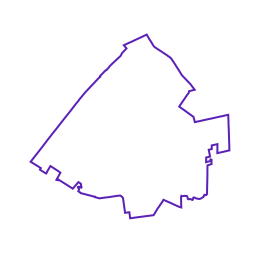 Maicanesti, Vrancea, Romania, rotated 172°
{"feature_id": "2599482B14220108289328", "entity_name": "Maicanesti", "entity_type": "district", "adm_level": 2, "iso_a3": "ROU", "parent_name": "Romania", "parent_adm1": "Vrancea", "projection": "orthographic", "projection_center": [27.427, 45.473], "detail": "fine", "context": "isolated", "style": "outline", "palette": "violet", "viewbox_px": 256, "rotation_deg": 172, "n_neighbors": 0, "source": "geoboundaries", "source_scale": "gbopen_adm2", "svg_char_len": 5178}
<svg xmlns="http://www.w3.org/2000/svg" viewBox="0 0 256 256"><g transform="rotate(172 128 128)"><path d="M115.5,212.1L120.6,210.5L120.2,209.9L119.9,209.5L119.5,208.8L119.1,208.1L118.6,207.4L118.4,207.0L121.3,204.7L123.5,203.0L123.6,202.9L123.7,202.7L123.9,202.4L124.5,201.5L124.7,201.1L125.1,200.6L127.3,199.0L127.9,198.6L134.9,193.7L137.6,191.7L138.0,191.3L138.3,190.8L138.5,190.6L140.8,188.8L141.0,188.6L141.1,188.4L141.3,188.3L141.6,188.2L141.9,188.1L142.2,188.2L148.5,183.3L148.3,182.7L148.5,182.5L148.7,182.3L148.9,182.2L149.3,182.1L151.6,180.3L154.7,177.8L161.2,172.6L165.8,168.9L170.8,164.3L172.5,162.8L173.1,162.0L173.4,161.7L174.5,160.8L176.3,159.1L182.5,153.0L189.7,146.2L198.5,137.7L203.8,132.7L209.0,127.7L215.2,121.5L216.8,120.0L220.6,116.3L228.0,109.2L229.1,108.1L228.0,107.2L226.7,106.1L224.2,104.0L224.0,103.9L221.4,101.7L219.9,100.4L221.0,99.0L220.9,98.9L218.5,96.8L217.8,96.3L216.7,95.3L216.3,95.0L215.9,94.7L215.5,94.4L215.3,94.3L214.5,95.5L214.1,96.2L213.6,96.7L213.2,97.3L211.4,99.5L211.0,100.1L210.4,100.8L210.1,101.1L209.7,100.8L208.6,99.8L207.4,98.8L204.7,96.4L203.8,95.7L201.8,93.8L201.5,93.5L201.3,93.3L201.2,93.2L202.3,91.6L203.6,89.9L203.7,89.7L204.3,88.9L205.2,87.9L206.1,86.6L204.6,86.0L204.1,86.6L201.7,84.6L198.4,81.8L195.2,79.1L192.5,76.8L191.2,75.6L189.8,76.8L186.0,80.1L184.7,81.3L184.3,81.0L183.5,80.4L182.4,79.2L182.4,78.5L182.5,78.4L182.5,78.2L182.5,77.9L182.4,77.5L182.4,76.8L182.4,76.5L182.3,76.1L182.3,75.8L182.3,75.5L182.5,75.4L182.8,75.5L183.0,75.5L183.3,75.7L183.5,75.8L183.7,76.0L184.2,76.4L184.6,76.6L184.9,76.7L185.1,76.7L185.3,76.7L185.6,76.7L185.8,76.5L185.9,76.4L185.9,76.1L185.8,75.9L185.6,75.6L185.5,75.4L185.2,75.0L185.1,74.7L185.0,74.3L185.1,74.0L185.1,73.8L185.2,73.7L185.3,73.5L185.5,73.2L185.8,72.6L186.0,72.3L185.8,72.1L184.9,71.2L184.7,71.0L184.4,70.9L184.1,70.7L183.9,70.5L183.8,70.4L183.9,70.2L183.7,70.0L181.5,69.1L178.3,67.8L177.0,67.2L175.7,66.7L174.4,66.2L173.1,65.6L171.8,65.1L170.9,64.7L170.5,64.6L170.6,64.3L166.1,62.3L165.9,62.3L160.7,62.3L156.2,62.2L151.6,62.3L150.3,62.3L148.8,62.3L147.1,62.3L146.6,62.3L146.1,62.3L145.5,62.2L145.2,62.2L144.6,61.8L144.3,61.5L144.1,61.2L143.9,61.2L143.6,60.8L143.3,60.4L142.9,59.8L142.9,59.6L142.7,59.0L142.7,57.9L142.7,55.2L142.7,50.6L142.7,49.3L142.7,46.1L142.7,44.4L138.4,44.4L138.4,38.3L132.2,38.3L114.8,38.1L111.9,41.6L109.9,44.1L109.4,44.6L108.1,45.9L106.4,47.9L106.2,48.0L103.9,50.6L102.9,52.0L99.9,50.1L97.3,48.5L94.9,47.0L94.8,46.9L90.9,44.4L88.3,42.8L86.3,41.9L85.2,51.3L85.2,51.6L84.7,53.1L84.6,53.3L84.5,53.2L84.4,53.2L84.1,53.0L83.8,53.0L83.5,52.9L83.2,52.9L82.9,52.9L82.7,52.9L82.4,52.9L82.1,53.0L81.8,53.0L81.6,53.0L81.3,52.9L81.1,52.9L80.9,52.8L80.7,52.7L80.3,52.7L79.9,52.7L79.7,52.7L79.4,52.6L79.2,52.4L79.0,52.2L78.8,51.5L78.7,50.6L78.6,49.6L78.6,49.4L78.4,49.2L78.1,49.1L77.9,49.0L77.6,49.0L77.3,49.0L77.1,49.0L76.9,49.0L76.6,49.0L76.3,49.0L75.9,48.9L75.7,48.8L75.4,48.6L75.1,48.4L74.7,48.0L74.6,47.9L74.4,47.8L74.2,47.8L73.9,47.9L73.6,48.3L73.4,48.8L73.3,49.3L73.1,49.7L72.9,50.0L72.7,50.1L72.4,50.1L72.2,50.0L71.7,49.8L71.5,49.7L71.3,49.5L70.9,49.1L70.7,49.0L70.4,48.8L70.1,48.7L69.7,48.6L69.3,48.5L68.8,48.3L68.1,48.0L67.8,47.9L67.6,47.8L67.3,47.8L67.1,47.8L66.8,47.8L66.3,47.9L65.7,48.0L65.1,48.2L64.9,48.3L64.7,48.4L64.3,48.7L64.1,48.8L63.6,48.9L63.3,49.0L63.0,49.1L62.9,49.3L62.7,49.6L62.6,49.8L62.3,50.1L62.2,50.4L62.1,50.7L61.9,50.9L61.8,51.0L61.6,51.2L61.4,51.2L61.2,51.2L60.9,51.0L60.7,50.9L60.5,50.7L60.4,50.6L60.1,50.6L59.9,50.7L59.6,51.0L59.3,51.2L58.8,51.8L58.9,52.3L58.8,52.7L57.5,60.6L56.5,66.7L55.9,70.4L55.7,72.1L54.5,79.9L50.3,80.7L50.3,80.8L49.8,84.2L49.7,85.0L50.4,85.4L50.7,85.4L50.5,83.9L55.4,83.3L54.7,87.9L50.7,88.3L51.1,95.2L48.0,95.5L47.5,99.1L41.7,99.6L43.0,90.7L37.5,91.1L31.1,91.7L30.7,91.7L30.6,92.8L30.4,94.2L30.4,94.8L30.4,95.1L30.3,95.4L30.2,96.0L30.1,96.3L30.0,97.8L29.7,100.7L28.4,112.6L28.0,117.2L27.4,122.0L27.3,123.5L26.9,127.1L27.0,127.1L30.2,126.9L31.8,126.7L32.7,126.6L33.3,126.6L35.4,126.5L41.5,126.0L43.4,125.8L45.9,125.7L48.1,125.5L52.1,125.2L53.2,125.1L54.7,125.0L57.0,124.8L58.9,124.7L60.3,124.5L61.0,124.5L61.1,125.9L61.2,127.0L61.3,127.4L61.6,129.9L62.9,131.1L63.8,132.0L65.1,133.2L65.4,133.6L67.3,135.4L73.3,141.1L73.9,141.7L74.3,142.0L73.5,143.1L71.6,145.1L70.2,146.6L69.5,147.4L68.9,148.1L68.5,148.5L67.9,149.1L67.5,149.6L66.8,150.4L65.9,151.3L65.2,152.1L64.6,152.8L64.4,152.9L64.1,153.2L63.2,154.1L62.9,154.6L62.6,155.0L62.4,155.6L62.4,155.9L61.9,156.0L59.4,156.3L57.3,156.5L57.1,156.5L56.6,156.6L56.7,156.8L57.1,157.3L57.4,157.8L57.6,158.3L59.0,160.8L60.0,162.6L60.5,163.4L60.9,163.9L61.1,164.2L61.3,164.4L61.6,164.8L62.7,166.4L66.3,171.4L66.8,172.1L67.2,172.6L67.6,173.5L69.6,178.1L69.8,178.5L70.3,179.7L71.1,181.2L71.8,182.9L72.4,184.2L73.4,186.4L74.3,188.2L74.9,189.5L75.5,190.7L76.7,192.2L77.0,192.5L78.4,193.7L78.8,194.2L78.9,194.3L79.7,195.0L83.4,198.3L86.1,200.7L87.2,201.6L88.6,202.9L90.0,204.1L90.6,204.7L91.1,205.4L91.4,206.1L91.7,206.7L92.9,209.6L93.6,211.1L93.9,211.7L94.0,212.0L94.5,212.9L95.1,214.4L96.1,216.9L96.4,217.6L96.5,217.9L97.4,217.6L99.4,217.0L101.2,216.4L105.8,215.0L110.1,213.7L112.9,212.8L113.7,212.6L115.5,212.1Z" fill="none" stroke="#5b21b6" stroke-width="2"/></g></svg>